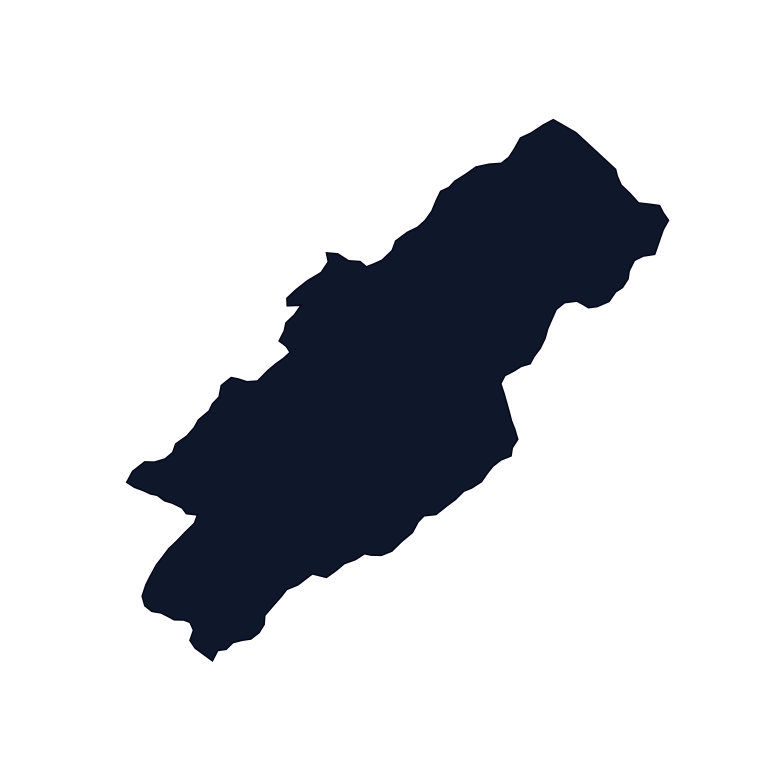 outline of Pomerode, Santa Catarina, Brazil, rotated 230°
{"feature_id": "56859067B15210234936613", "entity_name": "Pomerode", "entity_type": "district", "adm_level": 2, "iso_a3": "BRA", "parent_name": "Brazil", "parent_adm1": "Santa Catarina", "projection": "equal_earth", "projection_center": [-49.174, -26.727], "detail": "fine", "context": "isolated", "style": "filled", "palette": "ink", "viewbox_px": 768, "rotation_deg": 230, "n_neighbors": 0, "source": "geoboundaries", "source_scale": "gbopen_adm2", "svg_char_len": 2181}
<svg xmlns="http://www.w3.org/2000/svg" viewBox="0 0 768 768"><g transform="rotate(230 384 384)"><path d="M326.5,707.2L335.8,708.0L343.6,709.8L350.0,704.0L359.1,695.4L372.3,694.9L384.1,693.6L393.2,696.3L399.5,699.4L453.2,692.6L477.7,683.6L480.1,672.4L481.8,657.7L484.8,646.8L480.3,635.0L477.4,625.5L477.7,615.7L484.8,605.9L491.1,594.1L492.2,581.0L493.9,568.5L492.8,560.3L495.2,551.3L490.8,541.5L485.7,531.8L482.8,520.6L482.5,510.2L485.2,499.5L486.1,484.9L481.0,476.0L480.1,462.1L482.5,453.5L485.1,445.8L493.2,444.4L501.2,436.0L513.4,432.3L521.5,424.2L513.4,419.8L509.8,407.5L512.4,391.4L512.8,376.5L512.1,364.7L506.1,360.1L497.6,371.0L494.6,359.8L493.9,348.2L488.8,341.7L484.4,331.3L475.6,333.3L468.6,332.4L468.3,323.2L469.0,314.3L469.0,303.9L467.6,289.0L473.9,280.4L481.7,275.5L487.2,271.1L487.5,258.4L480.1,249.3L479.1,240.0L475.8,232.6L475.8,218.8L472.6,210.5L470.9,199.4L472.0,185.9L467.4,178.2L467.3,168.2L471.7,158.0L478.2,150.6L478.7,135.3L474.1,123.7L465.3,126.4L457.6,130.8L449.8,134.5L444.4,138.8L435.6,140.8L428.9,145.2L418.8,149.7L411.7,149.2L403.6,156.9L399.2,149.2L398.2,135.7L396.9,124.4L396.2,113.2L393.9,103.4L391.8,93.5L387.0,81.2L383.3,72.6L376.9,62.3L367.8,58.2L359.0,60.0L352.1,65.9L346.0,68.6L338.2,71.7L331.9,78.9L326.1,82.1L317.9,79.8L312.3,70.5L303.2,69.5L294.0,71.7L282.2,74.6L286.7,85.3L282.2,92.5L283.0,102.0L278.8,110.6L274.2,118.1L273.8,128.5L276.8,137.6L283.3,143.9L285.4,156.6L287.3,169.1L289.1,177.3L285.4,189.1L284.6,207.0L272.8,215.6L271.9,227.4L271.9,238.1L267.8,249.3L266.5,259.9L261.1,264.2L254.4,271.8L250.9,282.7L252.0,296.2L251.9,310.3L256.4,321.5L257.3,329.9L250.6,339.9L250.2,354.5L249.6,364.3L250.6,376.1L247.9,384.5L246.5,395.9L249.3,406.1L251.0,414.7L250.6,424.7L247.2,435.1L252.6,441.2L255.6,450.9L265.7,455.3L273.6,457.9L281.3,461.6L289.4,465.3L299.2,469.7L309.2,473.7L312.7,482.0L310.4,492.1L309.3,500.4L305.5,509.0L308.5,516.2L310.9,526.6L315.4,536.7L321.1,545.0L326.1,555.0L330.4,563.9L330.2,574.6L323.5,585.0L317.1,587.6L311.0,589.6L306.2,597.1L302.5,609.4L305.6,620.6L304.6,628.7L307.6,638.5L313.0,644.5L317.7,655.2L315.4,664.7L309.3,674.7L322.7,697.1L326.5,707.2Z" fill="#0f172a" stroke="#020617" stroke-width="1.5"/></g></svg>